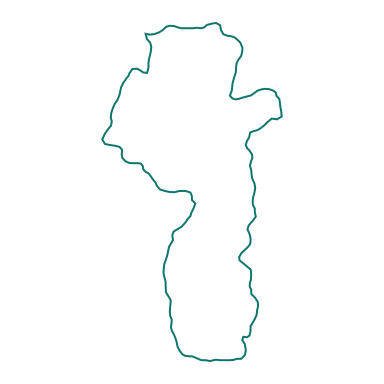 São Gonçalo do Rio Preto, Minas Gerais, Brazil
{"feature_id": "56859067B83090894964988", "entity_name": "São Gonçalo do Rio Preto", "entity_type": "district", "adm_level": 2, "iso_a3": "BRA", "parent_name": "Brazil", "parent_adm1": "Minas Gerais", "projection": "mercator", "projection_center": [-43.356, -18.089], "detail": "fine", "context": "isolated", "style": "outline", "palette": "teal", "viewbox_px": 384, "rotation_deg": 0, "n_neighbors": 0, "source": "geoboundaries", "source_scale": "gbopen_adm2", "svg_char_len": 2923}
<svg xmlns="http://www.w3.org/2000/svg" viewBox="0 0 384 384"><path d="M241.3,358.8L245.0,354.9L245.8,349.9L244.8,344.0L242.3,340.2L243.2,336.8L246.8,337.3L249.5,335.6L250.5,331.2L250.6,326.1L252.8,322.5L254.8,319.0L256.6,315.0L257.1,310.5L258.1,306.2L257.8,302.0L255.1,297.7L251.3,294.0L251.2,289.9L249.7,286.4L249.9,283.0L250.8,279.9L251.2,274.8L250.8,269.7L246.5,266.0L242.6,262.8L239.6,260.4L239.1,257.0L241.6,252.8L245.0,249.8L248.1,246.8L250.2,244.0L250.6,240.1L250.1,235.6L248.9,232.5L247.5,229.4L248.7,225.5L251.0,222.6L253.5,219.9L255.8,216.6L254.8,212.2L254.8,208.6L252.8,204.7L252.7,200.4L253.3,196.8L254.5,192.3L255.2,188.0L254.5,183.6L252.1,178.2L251.5,173.5L251.2,170.0L250.0,165.8L251.0,161.3L252.3,158.3L252.1,154.6L249.7,150.9L247.3,148.3L245.8,145.2L246.7,141.5L249.1,137.5L250.1,132.6L253.0,131.3L256.2,130.5L259.2,129.2L261.7,127.4L264.5,125.1L267.6,122.0L271.7,118.6L277.1,119.3L281.7,116.5L281.2,111.2L280.4,107.3L280.0,103.4L279.3,98.8L276.4,95.8L275.8,92.5L273.2,90.6L268.9,89.1L264.5,88.9L261.0,89.5L257.7,90.6L254.3,93.0L251.0,95.4L247.6,96.3L243.0,97.5L238.8,98.8L235.4,99.4L232.4,98.4L229.9,95.7L231.9,90.2L232.5,83.6L234.2,77.2L235.8,72.4L236.1,67.6L236.6,63.1L238.8,59.0L240.9,56.4L242.1,52.6L242.5,47.8L240.2,42.5L236.9,39.3L234.1,37.1L230.9,36.2L227.6,35.8L223.4,34.3L221.0,30.1L220.1,25.3L216.2,23.0L211.9,23.6L206.9,25.0L203.9,27.6L200.7,28.2L196.7,27.8L192.3,28.3L186.9,28.2L181.8,28.3L178.1,27.5L173.8,26.0L169.5,25.8L166.0,26.9L163.0,29.9L159.3,32.3L154.3,34.1L149.3,34.6L145.6,33.8L147.0,39.2L150.1,42.5L151.3,46.7L150.8,51.7L149.8,55.7L148.9,59.9L148.4,63.4L148.5,67.5L147.1,72.9L143.1,72.4L140.1,70.3L137.1,68.7L132.4,69.0L129.6,73.0L128.4,75.9L126.3,78.5L123.3,82.9L121.1,87.3L120.2,91.5L119.4,95.2L117.4,100.0L114.7,104.0L112.9,108.0L111.2,113.3L110.8,117.9L111.8,121.4L111.0,125.7L107.7,129.6L104.5,134.4L102.3,139.6L104.9,143.9L109.2,144.9L114.6,145.7L119.5,146.9L122.2,149.8L121.7,154.8L122.5,158.1L125.2,161.1L129.3,163.0L133.4,163.2L137.4,163.2L140.7,163.5L142.7,166.0L143.4,169.5L145.6,171.8L148.7,173.5L151.1,176.7L153.3,180.0L155.6,182.7L156.9,185.8L159.9,189.4L164.5,190.9L169.7,192.0L174.5,192.2L178.7,191.1L182.7,190.9L186.0,191.1L190.4,192.5L191.9,196.2L192.0,200.1L195.4,203.4L193.6,208.2L191.5,212.4L190.4,216.1L188.0,218.6L185.4,222.5L181.5,226.8L177.4,229.2L173.6,231.6L172.3,235.4L173.0,240.0L171.1,243.3L169.0,247.0L168.3,250.2L167.3,255.1L165.8,260.0L164.3,264.0L163.8,268.1L163.5,272.9L164.3,276.9L165.6,281.6L165.6,285.1L165.8,288.8L166.0,292.5L168.4,296.2L170.7,300.1L170.5,304.3L170.1,307.7L169.8,311.7L170.3,316.2L171.8,319.6L171.5,323.3L170.9,327.3L172.0,331.0L173.8,334.2L175.1,337.4L176.5,341.4L177.5,346.5L179.6,350.7L182.2,354.1L185.0,355.8L188.0,356.2L192.5,356.4L197.1,358.4L201.4,360.2L205.7,360.2L210.0,361.0L215.9,359.7L220.1,360.2L224.0,360.2L229.6,360.2L233.5,359.9L237.1,358.8L241.3,358.8Z" fill="none" stroke="#0f766e" stroke-width="2"/></svg>